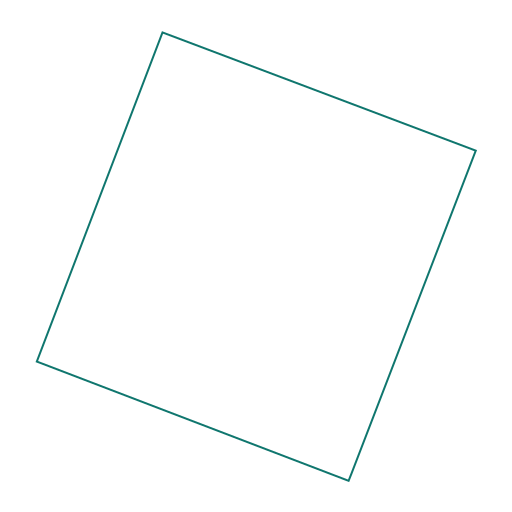 Garfield, Nebraska, United States of America, rotated 291°
{"feature_id": "52423323B80669702890188", "entity_name": "Garfield", "entity_type": "district", "adm_level": 2, "iso_a3": "USA", "parent_name": "United States of America", "parent_adm1": "Nebraska", "projection": "natural_earth1", "projection_center": [-98.989, 41.914], "detail": "fine", "context": "isolated", "style": "outline", "palette": "teal", "viewbox_px": 512, "rotation_deg": 291, "n_neighbors": 0, "source": "geoboundaries", "source_scale": "gbopen_adm2", "svg_char_len": 233}
<svg xmlns="http://www.w3.org/2000/svg" viewBox="0 0 512 512"><g transform="rotate(291 256 256)"><path d="M433.1,423.4L431.2,88.6L78.9,89.2L79.3,423.0L86.8,423.1L433.1,423.4Z" fill="none" stroke="#0f766e" stroke-width="2"/></g></svg>